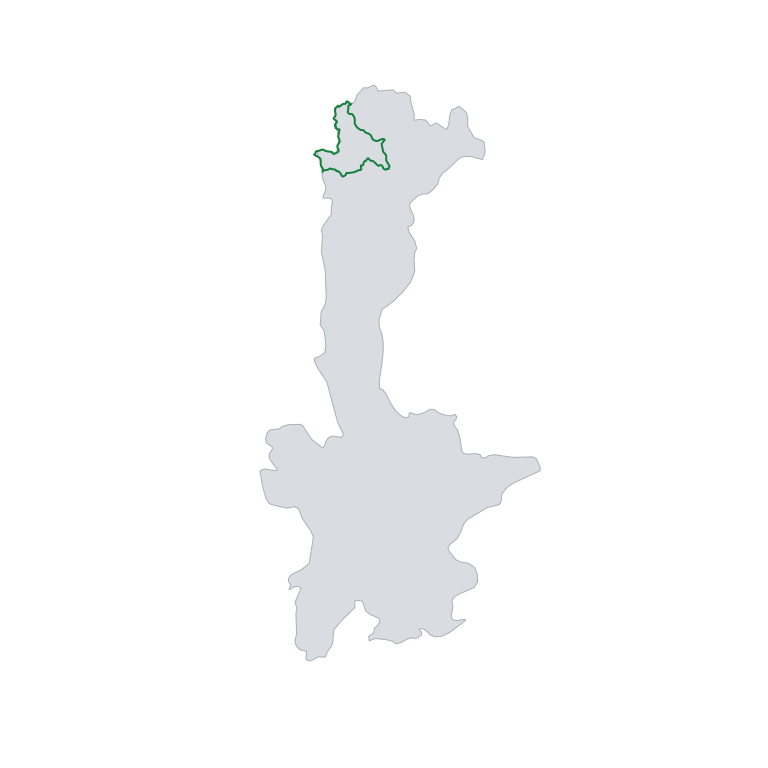 where Xékong sits in Laos, rotated 220°
{"feature_id": "LAO-3295", "entity_name": "Xékong", "entity_type": "Province", "adm_level": 1, "iso_a3": "LAO", "parent_name": "Laos", "parent_adm1": "", "projection": "orthographic", "projection_center": [107.128, 15.614], "detail": "fine", "context": "in_parent", "style": "outline", "palette": "green", "viewbox_px": 768, "rotation_deg": 220, "n_neighbors": 0, "source": "natural_earth", "source_scale": "10m", "svg_char_len": 6192}
<svg xmlns="http://www.w3.org/2000/svg" viewBox="0 0 768 768"><g transform="rotate(220 384 384)"><path d="M287.3,130.4L290.2,136.2L304.3,152.0L306.6,156.2L311.9,159.6L315.9,173.4L317.8,174.3L320.2,173.4L322.1,171.5L323.8,166.2L324.8,165.7L326.3,170.1L330.3,171.5L332.1,173.4L332.5,176.7L331.9,180.1L328.2,187.9L325.9,198.3L339.6,221.2L345.5,224.4L359.7,228.3L369.3,233.5L373.8,232.3L378.2,226.8L383.5,223.8L393.2,219.1L396.0,218.9L401.2,220.8L409.9,226.6L422.9,237.3L422.4,240.1L420.0,242.8L412.8,246.8L410.5,249.5L411.9,250.5L417.8,251.3L424.7,253.7L426.8,256.5L427.8,262.8L429.1,264.0L435.5,263.4L437.5,264.2L439.8,266.3L442.1,271.5L441.9,275.4L435.4,282.3L434.6,286.4L431.2,291.2L422.2,299.3L419.8,299.8L403.6,295.1L390.6,295.5L389.5,297.2L391.6,302.2L392.1,307.2L390.1,310.9L382.5,315.7L382.2,317.8L383.7,320.0L394.5,324.6L428.9,348.7L444.7,353.5L451.6,356.5L453.4,358.2L453.3,360.3L451.5,362.9L449.9,367.6L449.8,370.3L451.4,373.1L454.2,377.1L463.9,386.2L471.0,388.4L478.4,398.8L480.6,407.9L484.3,413.7L502.3,433.4L517.5,445.5L526.5,458.5L530.9,461.4L532.3,466.1L533.4,479.8L538.7,486.7L539.8,489.4L542.1,491.5L544.6,491.9L550.0,487.4L551.1,488.1L553.5,495.3L555.7,497.9L563.8,502.4L572.4,511.0L577.0,514.2L582.8,516.7L583.6,519.4L582.6,522.2L580.7,524.0L570.7,529.1L569.4,531.3L576.0,542.4L592.7,556.2L597.9,564.4L596.7,568.4L592.2,576.4L588.7,578.6L587.8,581.1L590.4,587.7L590.1,597.8L586.9,600.2L584.0,606.4L581.9,606.8L576.8,604.6L566.1,615.2L561.4,614.7L556.0,620.7L549.1,621.4L544.3,617.0L534.1,609.9L530.4,605.4L527.2,609.2L521.8,612.9L514.2,611.5L512.2,616.9L510.7,617.8L501.4,618.7L499.7,619.5L501.2,624.4L506.6,632.6L508.2,637.4L504.8,645.1L495.2,644.9L490.9,641.7L485.6,635.1L473.4,630.7L465.2,633.6L462.7,633.4L456.6,627.9L454.4,624.3L453.0,619.0L462.4,614.8L467.1,611.5L470.3,608.0L471.6,604.3L473.2,589.0L474.6,583.7L473.9,577.0L471.4,571.8L471.4,564.0L472.8,557.7L476.4,554.5L478.9,550.0L480.4,539.8L479.3,537.2L475.9,534.7L470.0,532.2L466.4,529.2L464.9,525.6L465.1,522.4L466.9,519.7L462.5,516.6L452.0,513.1L446.1,509.0L444.9,504.3L440.5,498.1L433.0,490.3L429.2,479.3L428.9,464.9L430.0,453.3L433.4,439.8L429.1,430.0L424.4,424.8L417.7,420.9L411.4,415.4L405.4,408.2L398.3,397.7L390.0,383.8L384.4,377.5L381.5,378.9L375.4,377.5L366.1,373.3L358.0,371.0L351.1,370.6L346.6,371.4L344.4,373.5L344.2,375.6L345.9,377.7L345.0,379.3L341.3,380.4L338.3,382.6L334.9,387.6L332.5,394.2L329.0,396.7L323.6,397.1L318.3,398.9L313.1,402.0L310.6,404.4L310.8,406.1L309.7,406.5L307.2,405.5L306.1,403.3L306.3,399.8L303.7,397.4L298.3,396.1L292.3,392.3L280.9,382.5L278.2,382.0L274.3,384.4L269.1,389.6L265.0,391.6L261.7,390.4L259.2,392.3L257.3,397.1L253.9,400.8L237.9,410.8L223.3,423.7L219.7,424.7L211.2,420.8L208.6,418.1L221.2,391.2L223.2,384.7L223.1,375.9L218.4,368.5L218.2,366.4L219.1,364.2L225.4,355.9L233.0,334.4L232.9,327.7L230.1,320.2L228.7,313.1L230.3,303.5L229.9,299.8L226.7,297.8L216.1,295.6L209.9,297.0L206.9,299.5L203.3,301.0L196.5,301.7L190.3,298.3L185.2,292.6L184.2,285.9L191.4,271.6L193.2,266.0L193.2,263.4L192.1,260.6L190.6,260.2L187.3,256.6L184.2,250.5L181.2,247.7L178.3,248.1L175.5,250.3L170.8,255.8L169.5,255.0L174.2,235.2L178.3,226.8L182.7,223.0L187.4,221.5L192.2,222.2L196.3,221.6L199.6,219.6L199.4,218.5L195.5,218.0L194.1,215.7L195.0,211.5L196.9,208.8L199.6,207.6L202.3,203.4L205.1,196.2L208.2,192.6L211.8,192.6L217.9,189.6L226.8,183.7L230.3,177.8L233.4,180.7L231.9,187.5L233.6,189.0L234.3,191.5L233.7,195.4L234.3,198.7L235.5,200.3L237.4,201.2L246.6,198.6L252.2,198.5L261.1,203.8L266.6,200.2L266.8,198.8L262.5,193.9L264.5,176.4L264.3,163.1L257.2,153.1L255.8,149.1L255.3,142.7L253.4,137.1L258.9,132.8L262.1,124.8L265.9,122.9L267.1,123.2L271.4,129.5L277.3,126.5L281.7,126.7L285.4,128.4L287.3,130.4Z" fill="#d9dde1" stroke="#a8b0b8" stroke-width="1"/><path d="M567.6,508.1L568.0,508.6L568.7,509.2L569.6,509.8L570.4,510.0L571.2,510.2L572.1,510.4L573.6,511.4L575.8,514.2L577.1,515.4L578.8,515.9L580.4,515.7L583.7,514.9L584.8,514.8L585.1,515.1L585.0,515.8L584.9,517.0L585.2,517.7L585.6,518.1L585.6,518.7L584.9,519.5L584.1,520.3L582.5,523.2L581.6,524.2L580.8,524.6L578.5,525.0L577.5,525.4L573.4,528.1L573.0,528.2L572.4,528.1L571.9,527.8L571.3,527.7L570.6,527.8L569.9,528.5L568.5,531.8L568.4,533.0L569.1,533.9L572.3,535.8L572.9,536.5L573.1,537.3L573.4,539.9L573.7,540.8L574.2,541.7L575.2,542.4L577.4,543.6L578.2,544.2L581.3,549.8L582.0,550.3L582.4,550.1L582.8,549.5L583.3,549.1L583.8,549.1L584.9,549.4L585.3,549.3L585.6,549.0L585.9,549.1L586.2,549.8L586.4,550.3L586.6,550.5L586.9,550.5L587.4,550.3L588.2,550.7L588.3,551.9L588.3,553.4L588.5,554.4L589.6,555.1L592.2,554.7L593.2,555.0L593.4,555.5L593.6,558.0L594.0,559.1L594.7,559.8L597.3,561.8L598.1,562.8L598.5,563.6L598.5,564.5L598.1,567.4L597.9,567.8L597.5,567.9L597.3,567.6L596.9,567.4L596.4,568.0L596.2,568.5L596.0,570.5L595.7,571.7L595.1,572.6L594.7,572.9L593.9,573.6L593.6,574.0L593.7,574.6L594.2,575.7L594.2,576.4L593.5,577.0L592.6,577.1L591.0,576.8L590.1,576.9L589.1,577.2L589.1,576.4L590.1,574.7L589.5,573.3L588.3,572.2L586.6,568.9L584.1,568.5L583.0,569.6L581.8,570.3L580.0,569.9L578.2,569.1L576.8,568.3L575.7,567.1L574.7,565.7L573.6,564.5L569.5,563.2L565.4,563.5L564.0,564.5L562.6,565.2L560.9,564.8L559.6,564.9L558.4,565.2L556.5,566.0L554.4,566.1L552.8,565.6L551.2,564.6L549.4,564.2L547.5,564.5L545.9,565.4L544.7,566.5L544.4,567.3L544.3,568.1L543.8,568.9L543.2,569.6L542.5,571.0L541.2,571.5L540.8,571.6L540.5,571.5L540.2,566.4L534.1,561.5L532.8,561.1L530.8,561.0L528.8,560.1L526.1,556.7L523.1,555.6L519.8,554.4L518.8,551.5L519.5,551.0L520.1,550.8L520.4,549.3L521.8,548.7L523.4,548.9L524.8,549.7L526.4,550.0L527.7,549.2L528.3,547.7L530.3,547.4L532.4,547.7L535.9,547.7L538.0,546.4L541.0,546.8L541.6,546.0L541.5,544.6L541.4,543.9L541.3,543.1L541.8,542.4L542.1,542.1L541.7,540.1L540.7,538.5L541.3,537.2L542.2,536.5L541.0,535.3L539.6,534.3L539.4,532.9L540.7,531.8L542.2,528.5L544.3,525.5L547.0,522.6L547.7,522.1L548.3,521.6L548.1,520.6L547.7,519.7L548.1,517.9L549.1,516.3L550.5,516.4L551.8,517.1L553.8,517.5L555.9,517.6L556.7,517.1L557.2,516.5L558.8,517.0L560.2,516.3L561.6,515.3L563.7,514.6L564.2,513.6L564.5,512.4L565.6,511.0L566.7,509.8L567.6,508.3L567.6,508.1L567.6,508.1Z" fill="none" stroke="#15803d" stroke-width="2"/></g></svg>